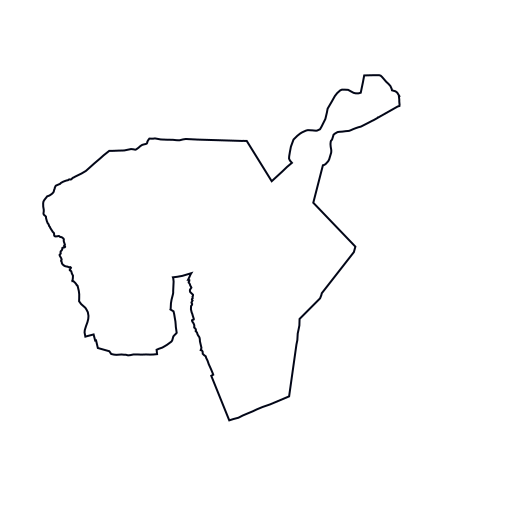 Capulhuac, México, Mexico, rotated 71°
{"feature_id": "50627088B65520892305062", "entity_name": "Capulhuac", "entity_type": "district", "adm_level": 2, "iso_a3": "MEX", "parent_name": "Mexico", "parent_adm1": "México", "projection": "orthographic", "projection_center": [-99.466, 19.217], "detail": "fine", "context": "isolated", "style": "outline", "palette": "ink", "viewbox_px": 512, "rotation_deg": 71, "n_neighbors": 0, "source": "geoboundaries", "source_scale": "gbopen_adm2", "svg_char_len": 6113}
<svg xmlns="http://www.w3.org/2000/svg" viewBox="0 0 512 512"><g transform="rotate(71 256 256)"><path d="M312.6,205.9L284.2,162.2L279.5,159.0L224.3,184.5L192.0,163.2L192.1,162.2L191.8,160.4L191.1,159.1L189.9,156.9L188.5,155.4L182.8,151.3L181.2,150.6L180.1,150.3L177.0,149.8L174.3,149.1L173.3,148.6L172.5,148.3L171.5,147.6L170.7,146.2L168.7,144.7L166.6,143.2L166.0,141.7L165.5,139.2L165.4,138.5L165.7,136.8L166.5,133.9L167.2,130.4L167.7,128.5L168.0,127.2L167.9,125.1L167.7,122.9L167.6,120.1L167.6,117.4L167.8,114.8L167.7,113.9L167.5,112.5L166.8,107.5L165.9,101.5L165.9,100.9L165.2,97.1L165.0,96.0L164.7,95.7L164.8,95.4L164.7,94.5L164.3,92.5L160.8,73.5L160.8,72.1L160.9,71.6L159.7,71.0L156.8,70.3L154.7,69.6L151.6,68.9L151.5,68.4L147.5,69.3L145.7,70.5L143.6,73.5L142.2,73.3L139.0,73.6L136.4,74.7L133.6,76.2L127.8,78.5L126.1,79.4L125.2,80.6L122.7,87.9L120.5,94.9L123.3,96.5L126.3,98.2L135.7,103.8L135.6,106.0L135.2,107.3L134.7,108.7L133.5,110.6L131.0,112.9L128.9,114.8L127.8,117.5L126.7,120.5L126.8,122.4L128.4,126.2L130.4,129.3L134.5,133.9L140.0,140.3L143.5,142.3L149.0,145.8L155.0,151.9L157.0,154.2L157.2,156.3L157.3,157.7L156.9,158.9L155.6,161.7L153.9,165.9L153.8,166.5L153.7,168.0L154.1,172.1L154.6,174.4L155.8,177.8L158.1,182.6L164.0,187.4L168.7,190.1L170.0,190.8L172.4,192.1L174.5,193.0L175.4,193.0L176.9,192.8L179.6,191.7L181.9,197.7L184.7,203.7L190.4,216.8L144.2,227.3L143.0,230.6L142.6,231.9L127.0,273.1L122.5,284.3L122.0,287.1L121.7,290.6L120.7,293.3L119.1,296.7L117.0,302.5L114.8,308.1L112.5,312.2L111.9,313.3L111.6,314.9L111.2,316.1L110.3,318.6L111.0,319.7L112.4,321.4L113.5,322.0L114.1,322.7L114.2,323.8L114.0,325.6L113.9,327.4L114.4,329.5L115.4,331.9L116.2,334.6L116.2,335.5L115.1,337.4L114.2,339.3L113.3,346.3L111.6,351.7L109.8,357.7L108.8,360.5L111.2,367.3L112.9,371.3L115.8,378.7L118.7,385.6L120.2,389.2L121.2,394.1L122.1,401.3L122.4,402.8L122.4,403.5L122.6,404.1L122.9,404.8L123.2,405.3L123.3,405.7L123.4,406.2L123.2,406.6L123.0,407.1L122.8,407.5L122.8,407.9L122.8,408.3L123.0,408.6L123.1,408.9L123.1,409.3L122.9,410.5L122.9,412.5L123.0,414.4L123.4,416.6L123.5,416.9L124.0,417.7L124.0,418.0L124.3,422.1L124.5,422.6L125.2,423.3L125.9,424.0L126.6,424.3L127.2,424.8L127.7,425.3L129.0,426.1L129.6,426.6L129.9,427.0L130.5,428.1L130.8,428.8L131.1,429.8L131.5,431.3L131.6,432.0L131.6,434.0L131.9,434.5L132.4,435.2L133.0,436.2L134.2,438.0L134.8,438.7L135.4,439.3L136.9,440.1L140.0,441.1L143.1,441.6L144.6,442.1L146.6,443.1L147.2,443.2L148.2,443.0L149.3,442.3L150.4,441.8L151.9,442.2L153.6,442.3L155.0,442.4L156.5,442.3L157.2,442.3L158.1,441.9L158.7,441.8L160.2,441.8L160.5,441.8L160.9,441.6L161.5,441.4L161.8,441.4L162.3,441.4L164.6,440.9L165.9,440.5L166.5,440.5L167.7,440.0L168.1,439.7L168.9,439.6L170.7,440.1L171.2,440.1L171.7,439.9L172.2,439.3L172.2,439.0L172.4,438.5L172.5,438.2L172.6,437.8L172.9,435.9L173.2,435.6L174.2,435.0L174.4,434.7L174.6,434.2L174.9,433.7L175.5,433.2L176.5,432.6L176.8,432.4L177.1,432.3L177.8,432.3L178.1,432.5L178.9,432.8L179.9,433.0L183.0,433.0L183.5,433.7L183.9,434.1L184.3,433.9L184.4,433.6L184.7,433.4L184.9,433.4L185.2,433.5L185.4,433.8L185.5,434.1L185.4,434.8L185.3,435.2L185.3,435.7L185.3,436.2L185.3,436.4L185.6,436.6L186.2,436.8L187.0,437.4L187.6,438.2L187.8,438.7L188.0,439.1L188.7,439.6L189.8,439.7L190.2,440.0L190.4,440.3L190.7,441.0L190.9,441.3L191.1,441.4L192.1,441.4L194.2,441.0L194.9,440.9L195.8,440.9L195.9,441.1L196.1,441.2L196.5,441.2L196.7,441.4L196.9,441.7L197.1,441.9L197.3,441.9L197.5,441.9L198.0,441.7L198.5,441.7L198.9,441.7L199.7,441.9L201.3,441.5L201.9,440.9L202.7,440.6L203.3,440.0L203.6,439.5L204.1,438.9L204.6,437.8L204.9,437.4L205.3,437.1L205.8,436.5L205.9,435.7L206.1,435.1L206.4,435.0L206.9,434.8L207.1,435.0L207.4,435.4L207.7,435.7L208.0,436.1L208.4,436.6L208.9,436.7L210.0,435.8L210.2,435.7L211.5,435.7L212.1,435.8L212.7,435.8L214.1,435.6L214.8,435.5L215.2,435.5L215.6,435.7L215.8,435.8L217.4,436.4L219.1,437.3L219.3,437.5L219.5,437.7L219.6,437.8L220.0,437.8L220.1,437.1L220.4,436.8L221.6,436.2L222.5,435.7L223.4,435.4L223.9,435.2L224.5,435.1L225.1,435.0L225.3,434.7L225.7,434.6L226.0,434.6L226.2,434.4L231.3,434.9L234.6,435.6L238.3,436.9L241.2,438.0L244.5,437.0L249.1,434.4L249.8,434.1L251.7,433.7L254.4,433.3L258.1,433.9L260.9,435.1L263.8,437.0L267.0,439.6L270.3,442.0L272.5,443.0L276.7,443.6L276.8,441.8L277.3,435.1L283.6,435.6L283.7,434.7L291.5,435.5L298.3,425.7L301.5,424.8L303.0,422.4L304.0,420.2L305.4,415.0L305.5,414.9L305.8,414.2L306.4,412.9L307.0,411.2L308.3,409.3L308.8,407.1L309.2,403.9L310.7,399.6L311.9,396.6L313.3,392.0L314.8,388.1L315.7,385.2L316.1,383.5L316.6,381.5L312.3,380.5L312.1,378.1L312.1,374.4L311.6,371.8L311.0,369.0L309.4,363.9L308.6,362.8L307.8,362.2L305.1,360.3L304.2,358.7L303.4,357.0L302.8,356.0L297.0,354.9L294.8,354.3L291.6,353.5L287.9,352.9L284.4,352.3L281.5,352.0L278.7,354.3L278.2,353.9L273.0,351.8L269.7,350.0L265.3,347.1L263.9,346.3L262.1,345.7L253.3,342.2L250.1,341.5L249.1,341.5L250.0,337.3L250.8,332.2L251.2,322.8L252.2,324.0L254.5,326.1L256.4,328.0L256.6,327.4L257.1,326.9L257.9,327.2L258.6,328.1L259.2,328.3L260.1,327.9L261.3,327.7L262.5,327.8L263.8,327.5L264.9,327.4L265.3,328.0L266.4,329.4L267.3,329.8L268.4,330.0L269.4,329.6L270.5,329.0L272.1,328.2L272.7,328.4L273.4,328.8L273.8,329.3L275.3,329.6L275.8,330.5L276.3,330.8L277.0,330.8L277.4,330.5L278.4,331.4L278.8,332.1L279.6,332.2L280.6,332.0L281.3,332.4L282.2,333.7L285.3,334.9L288.4,335.2L290.1,335.1L291.5,335.2L295.1,335.3L295.7,335.5L295.8,336.2L295.8,336.7L295.9,337.4L296.4,337.6L297.5,337.5L299.3,337.0L300.9,336.9L302.2,337.1L303.0,337.6L303.6,337.7L304.4,337.2L305.6,336.8L306.6,336.9L307.3,337.5L309.2,336.7L310.8,336.8L312.4,336.6L313.5,336.2L314.6,336.0L316.3,336.2L318.5,336.8L325.1,337.5L327.0,338.9L327.7,337.9L329.0,337.6L331.1,338.2L332.8,337.4L334.5,336.2L336.1,336.3L339.2,335.9L342.9,335.9L348.1,335.4L352.9,335.1L354.3,335.1L354.7,337.3L402.7,334.8L402.8,330.5L403.2,325.3L402.5,320.4L402.1,314.6L401.8,309.6L401.3,305.3L400.9,299.0L400.9,291.0L399.5,270.4L352.9,246.6L349.0,244.3L342.9,241.8L338.9,239.4L335.8,237.6L329.7,235.3L316.9,209.2L314.3,207.0L312.6,205.9Z" fill="none" stroke="#020617" stroke-width="2"/></g></svg>